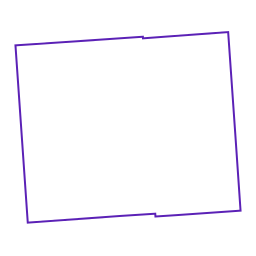 outline of Osage, Kansas, United States of America, rotated 86°
{"feature_id": "52423323B63227150255975", "entity_name": "Osage", "entity_type": "district", "adm_level": 2, "iso_a3": "USA", "parent_name": "United States of America", "parent_adm1": "Kansas", "projection": "robinson", "projection_center": [-95.723, 38.652], "detail": "fine", "context": "isolated", "style": "outline", "palette": "violet", "viewbox_px": 256, "rotation_deg": 86, "n_neighbors": 0, "source": "geoboundaries", "source_scale": "gbopen_adm2", "svg_char_len": 332}
<svg xmlns="http://www.w3.org/2000/svg" viewBox="0 0 256 256"><g transform="rotate(86 128 128)"><path d="M37.7,234.5L215.4,234.6L215.2,142.1L215.4,106.8L218.2,106.8L218.3,85.5L218.3,42.9L218.3,21.5L145.2,21.4L39.3,21.4L39.5,85.4L39.6,106.8L38.0,106.8L37.8,213.2L37.7,234.5Z" fill="none" stroke="#5b21b6" stroke-width="2"/></g></svg>